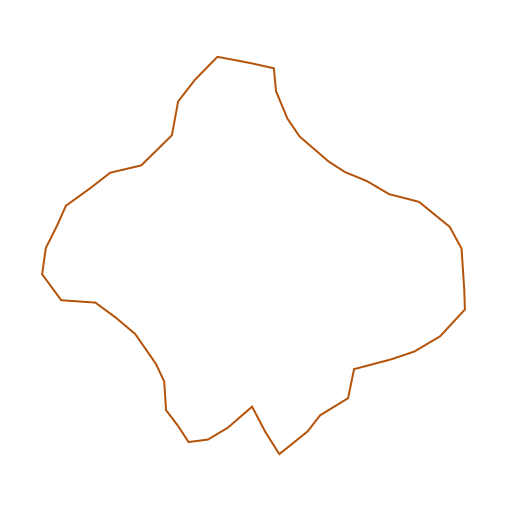 Katokopia, Cyprus (Albers equal-area conic projection), rotated 274°
{"feature_id": "46923920B85367038784493", "entity_name": "Katokopia", "entity_type": "district", "adm_level": 2, "iso_a3": "CYP", "parent_name": "Cyprus", "parent_adm1": "", "projection": "albers", "projection_center": [33.058, 35.168], "detail": "fine", "context": "isolated", "style": "outline", "palette": "amber", "viewbox_px": 512, "rotation_deg": 274, "n_neighbors": 0, "source": "geoboundaries", "source_scale": "gbopen_adm2", "svg_char_len": 714}
<svg xmlns="http://www.w3.org/2000/svg" viewBox="0 0 512 512"><g transform="rotate(274 256 256)"><path d="M60.0,293.1L84.6,319.7L101.6,331.1L120.6,357.8L150.0,361.7L162.2,397.7L171.7,420.5L188.8,445.3L217.2,468.1L236.1,466.2L277.8,460.5L298.6,447.2L321.4,414.8L327.0,384.4L338.4,361.6L346.0,338.7L355.5,321.6L378.2,291.2L395.2,277.8L421.7,264.5L444.5,260.7L448.2,236.0L452.0,203.6L427.4,182.7L404.7,167.5L370.6,163.7L338.4,135.2L328.9,104.7L311.9,85.7L292.9,62.9L272.1,55.3L249.4,45.8L222.9,43.9L198.3,64.8L198.3,99.0L185.0,120.0L169.8,140.9L141.4,163.7L124.4,173.2L96.0,177.0L80.8,190.3L65.7,201.7L69.5,220.8L82.7,239.8L105.4,262.6L80.8,277.8L60.0,293.1Z" fill="none" stroke="#b45309" stroke-width="2"/></g></svg>